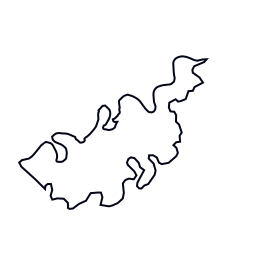 outline of Concordia, Louisiana, United States of America, rotated 224°
{"feature_id": "52423323B66255567298861", "entity_name": "Concordia", "entity_type": "district", "adm_level": 2, "iso_a3": "USA", "parent_name": "United States of America", "parent_adm1": "Louisiana", "projection": "robinson", "projection_center": [-91.593, 31.366], "detail": "fine", "context": "isolated", "style": "outline", "palette": "ink", "viewbox_px": 256, "rotation_deg": 224, "n_neighbors": 0, "source": "geoboundaries", "source_scale": "gbopen_adm2", "svg_char_len": 3390}
<svg xmlns="http://www.w3.org/2000/svg" viewBox="0 0 256 256"><g transform="rotate(224 128 128)"><path d="M81.0,154.3L85.5,158.3L86.2,162.0L93.6,165.9L97.9,165.9L102.3,170.7L106.0,171.8L109.1,169.4L112.9,171.2L115.9,174.9L113.7,181.7L110.3,181.8L108.8,183.9L106.6,188.9L110.1,196.5L107.2,199.8L108.6,203.7L105.6,212.7L111.6,214.0L119.8,212.8L122.1,214.6L123.3,218.4L120.1,225.8L119.0,228.4L119.2,232.1L122.2,228.8L124.9,224.5L127.5,222.9L131.6,221.4L135.2,219.8L137.9,218.0L139.4,216.5L141.0,214.1L141.7,212.2L141.9,211.3L142.0,210.1L141.7,208.3L141.0,206.8L140.3,205.9L134.3,200.3L131.0,197.6L129.8,196.9L129.0,196.1L128.3,195.3L127.3,193.6L127.2,193.0L127.4,190.5L127.5,189.6L127.7,189.2L128.3,188.3L132.1,183.7L133.1,182.3L133.7,181.3L135.0,178.8L135.5,177.3L135.6,176.7L135.5,174.6L135.4,174.0L135.3,173.4L134.2,171.2L132.7,169.5L127.5,164.9L123.2,162.7L121.5,160.5L120.9,158.5L120.9,158.1L121.1,157.0L121.7,156.0L122.3,155.3L123.9,154.1L124.7,153.9L128.3,153.9L131.6,154.4L135.8,155.2L138.7,155.6L141.0,155.5L143.3,155.1L146.9,154.0L151.2,151.9L151.8,151.1L152.6,149.6L153.3,147.6L153.4,146.5L153.5,142.0L153.4,141.4L153.1,141.0L151.2,139.3L148.3,137.0L147.9,136.7L147.3,135.3L145.2,133.9L144.4,133.0L144.4,131.2L144.0,129.5L144.0,128.6L144.2,125.3L144.9,124.0L145.0,123.7L143.6,122.9L142.9,122.7L141.8,123.1L141.4,123.5L140.0,125.0L139.5,123.1L138.9,121.5L137.9,119.3L137.9,118.1L138.4,116.3L139.7,114.0L140.8,112.9L143.1,111.6L143.6,111.0L144.5,110.5L145.3,110.4L146.0,110.7L146.3,111.0L147.0,112.7L147.1,113.0L146.5,114.4L146.5,115.4L148.1,121.6L149.3,124.1L150.4,125.6L151.7,126.9L153.5,128.0L154.4,128.3L160.0,128.3L161.4,126.6L161.7,125.2L161.5,123.8L161.5,121.3L161.5,120.2L160.4,119.7L159.7,117.9L157.5,115.7L155.3,113.7L153.9,110.8L153.0,108.8L152.3,107.4L151.9,106.1L151.5,103.1L151.2,97.1L151.5,93.2L151.9,91.9L152.0,90.1L151.6,89.7L150.7,89.3L150.2,88.2L150.2,87.5L150.3,87.0L150.5,86.5L151.8,84.6L152.2,84.3L152.8,84.2L153.8,84.1L155.2,84.2L157.6,83.8L158.8,84.2L159.4,84.7L159.8,84.8L166.4,82.3L167.7,81.6L169.1,80.6L171.6,78.4L174.2,76.4L175.7,74.5L175.7,74.4L176.0,73.8L176.3,72.6L176.6,69.1L174.6,67.7L173.7,67.4L172.4,67.2L170.6,67.4L169.4,67.8L164.7,69.7L162.7,70.1L159.8,70.3L158.5,70.1L157.8,69.8L156.6,69.0L154.7,67.6L152.4,64.6L152.0,64.0L151.6,63.3L151.4,62.9L151.3,61.5L151.6,59.3L151.8,58.5L152.5,57.3L153.6,56.2L155.4,54.7L155.8,54.5L156.5,54.6L156.9,54.8L157.5,55.7L158.0,56.7L159.1,58.1L159.7,58.8L161.0,59.8L163.3,61.1L169.3,63.1L170.9,63.5L172.8,63.4L173.8,63.0L177.2,61.1L177.8,59.5L178.3,56.1L178.4,54.8L177.9,50.0L177.4,43.3L177.4,40.7L177.9,37.7L178.1,37.1L181.7,31.6L181.9,31.5L182.3,27.6L177.8,26.1L158.6,26.7L145.3,26.5L147.2,28.9L146.9,31.8L144.6,34.2L139.5,30.9L136.6,25.5L132.7,23.9L130.0,28.2L125.1,32.5L119.2,32.4L115.6,28.8L114.0,29.1L111.7,31.8L110.5,39.4L107.7,46.5L109.6,55.2L104.7,60.8L102.6,62.7L98.4,60.5L94.3,53.6L87.3,58.4L85.3,61.6L84.1,64.8L83.3,66.5L83.2,67.0L82.8,73.7L85.8,78.3L93.2,84.6L93.8,88.7L92.2,92.2L88.2,95.1L89.0,99.8L93.4,101.2L102.4,101.3L104.7,102.4L106.2,106.0L105.5,108.9L102.4,110.8L96.1,110.4L92.1,108.2L87.1,108.9L83.3,95.3L81.2,92.5L78.1,92.3L76.3,93.8L76.3,98.0L74.5,101.7L76.3,112.8L78.6,116.6L84.9,120.2L91.9,120.4L93.8,123.0L91.0,125.8L86.9,126.8L81.7,124.6L78.7,125.4L74.6,131.1L73.7,141.1L74.9,144.8L79.5,147.4L83.4,147.2L83.4,151.3L81.0,154.3Z" fill="none" stroke="#020617" stroke-width="2"/></g></svg>